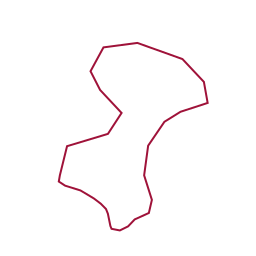 SVG path tracing the border of Kinmen, rotated 310°
{"feature_id": "TWN-3415", "entity_name": "Kinmen", "entity_type": "County", "adm_level": 1, "iso_a3": "TWN", "parent_name": "Taiwan", "parent_adm1": "", "projection": "mercator", "projection_center": [118.347, 24.459], "detail": "fine", "context": "isolated", "style": "outline", "palette": "rose", "viewbox_px": 256, "rotation_deg": 310, "n_neighbors": 0, "source": "natural_earth", "source_scale": "10m", "svg_char_len": 504}
<svg xmlns="http://www.w3.org/2000/svg" viewBox="0 0 256 256"><g transform="rotate(310 128 128)"><path d="M147.4,62.8L174.0,57.4L199.2,80.5L215.8,125.4L212.1,156.5L198.4,172.9L174.2,157.8L156.2,151.9L127.4,154.8L102.1,170.8L88.3,192.5L76.3,198.6L62.3,191.9L52.7,191.3L44.3,187.6L40.2,180.2L41.6,177.5L49.4,167.7L51.8,163.2L52.5,155.9L52.1,147.2L49.6,131.7L43.4,116.9L42.5,109.4L48.0,106.2L74.9,93.0L110.6,116.4L135.4,113.4L139.2,82.2L147.4,62.8Z" fill="none" stroke="#9f1239" stroke-width="2"/></g></svg>